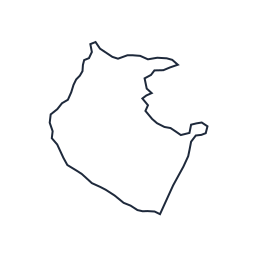 the district of Jumirim, São Paulo, Brazil, rotated 159°
{"feature_id": "56859067B92437086932539", "entity_name": "Jumirim", "entity_type": "district", "adm_level": 2, "iso_a3": "BRA", "parent_name": "Brazil", "parent_adm1": "São Paulo", "projection": "albers", "projection_center": [-47.796, -23.1], "detail": "fine", "context": "isolated", "style": "outline", "palette": "slate", "viewbox_px": 256, "rotation_deg": 159, "n_neighbors": 0, "source": "geoboundaries", "source_scale": "gbopen_adm2", "svg_char_len": 1027}
<svg xmlns="http://www.w3.org/2000/svg" viewBox="0 0 256 256"><g transform="rotate(159 128 128)"><path d="M195.3,168.4L199.2,161.0L199.5,152.0L202.8,145.8L200.0,138.0L199.0,123.3L197.9,115.2L191.1,106.4L187.6,101.6L181.5,89.5L175.0,82.9L171.0,78.4L164.7,69.8L158.9,59.7L153.4,54.6L148.6,48.0L144.1,45.0L139.7,43.5L133.1,40.5L129.0,36.1L106.4,58.3L90.1,72.1L81.9,80.1L78.3,85.7L74.0,92.6L67.4,96.7L62.0,95.3L57.3,95.3L53.2,101.1L57.2,106.7L62.5,107.8L67.9,108.5L72.4,101.4L81.2,102.5L84.2,106.9L88.3,112.7L93.6,115.9L99.2,122.1L102.2,127.7L105.6,137.7L101.2,142.1L104.0,150.4L99.2,151.8L93.4,152.1L96.4,158.1L94.7,168.4L87.5,169.3L82.7,172.3L74.3,169.3L67.1,169.5L58.8,169.2L62.3,175.8L66.9,179.2L75.5,183.1L84.8,185.0L90.8,191.0L97.3,194.1L102.5,196.1L112.5,196.3L117.1,200.0L125.7,212.1L127.5,219.9L133.1,219.8L134.5,211.9L139.4,207.2L144.6,207.1L147.5,203.0L150.1,197.4L154.2,194.1L159.0,191.9L163.4,187.8L168.2,181.7L174.0,175.9L180.7,174.8L187.3,170.9L195.3,168.4Z" fill="none" stroke="#1e293b" stroke-width="2"/></g></svg>